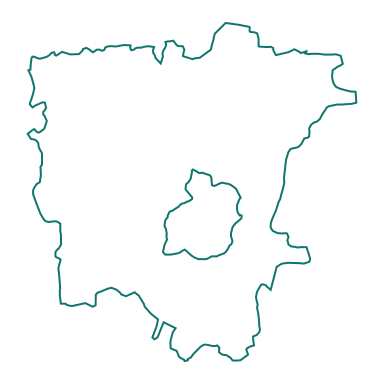 Tanta, Al Gharbiyah, Egypt
{"feature_id": "37247803B22733539273982", "entity_name": "Tanta", "entity_type": "district", "adm_level": 2, "iso_a3": "EGY", "parent_name": "Egypt", "parent_adm1": "Al Gharbiyah", "projection": "mercator", "projection_center": [30.984, 30.809], "detail": "fine", "context": "isolated", "style": "outline", "palette": "teal", "viewbox_px": 384, "rotation_deg": 0, "n_neighbors": 0, "source": "geoboundaries", "source_scale": "gbopen_adm2", "svg_char_len": 5862}
<svg xmlns="http://www.w3.org/2000/svg" viewBox="0 0 384 384"><path d="M28.4,70.3L30.0,73.7L31.5,77.0L33.7,85.1L34.4,88.0L32.9,94.3L31.1,100.1L29.9,103.0L29.9,104.5L32.5,107.4L35.8,105.3L38.4,104.2L40.6,103.1L42.8,102.3L45.0,102.7L46.1,107.9L44.3,110.8L43.2,111.9L43.2,114.1L43.5,114.8L44.6,115.9L46.8,121.0L44.3,128.7L39.5,132.4L37.6,132.4L36.2,131.3L35.1,130.2L34.3,129.1L32.8,129.8L27.7,133.8L31.0,139.0L33.2,139.3L35.8,140.1L36.9,141.4L38.1,142.6L38.7,146.3L38.7,147.0L40.2,150.3L41.3,151.8L42.0,153.6L42.0,164.6L40.5,166.8L40.9,175.2L39.8,182.2L36.8,184.0L36.1,184.7L33.9,188.4L33.1,190.6L33.1,194.3L37.1,205.3L40.4,213.7L42.3,217.0L43.4,218.8L45.2,221.0L46.3,221.4L48.9,222.1L52.9,221.4L56.6,221.4L60.3,223.6L60.3,231.3L61.0,235.0L61.0,244.5L58.8,248.5L57.7,249.2L55.8,251.4L55.4,252.9L55.4,255.8L55.8,256.9L60.2,259.1L60.6,259.9L58.4,267.9L59.1,274.9L59.8,282.9L60.2,288.8L59.8,289.9L59.8,295.7L60.5,300.5L60.8,303.6L65.7,303.8L66.7,304.9L70.1,305.8L72.3,306.0L85.5,303.1L86.5,303.7L92.6,306.7L95.6,305.3L95.8,295.7L95.8,294.7L97.5,292.7L101.7,291.2L107.9,288.6L109.2,288.3L111.6,287.8L116.7,289.8L119.8,292.4L121.2,294.4L126.0,296.2L134.7,292.3L136.9,294.2L138.8,295.6L143.9,304.0L144.7,306.7L151.0,313.8L158.0,319.4L157.4,322.8L156.6,326.3L152.4,337.4L154.3,339.3L156.5,338.2L157.7,337.1L161.1,328.4L163.7,322.3L175.6,328.2L172.9,332.1L170.5,340.8L170.4,343.0L170.6,348.1L171.3,348.7L176.3,350.7L176.8,351.1L177.1,351.8L178.8,356.4L180.7,358.1L181.1,358.2L183.0,359.2L183.9,359.6L184.5,361.0L187.7,360.4L187.7,359.2L190.8,357.5L193.5,353.9L200.4,346.9L203.3,345.0L204.9,344.6L207.1,344.8L212.4,346.0L215.0,346.1L217.2,345.4L219.3,347.7L219.0,352.2L221.7,354.3L223.9,355.0L226.3,355.1L230.5,357.7L232.5,360.4L236.2,360.6L240.5,360.2L244.5,357.3L248.0,354.7L247.8,353.8L246.3,349.7L246.7,348.6L249.6,346.8L250.4,346.5L254.0,345.4L253.3,340.6L253.0,336.6L253.7,336.2L256.6,335.1L259.2,332.2L259.6,331.1L260.0,329.3L259.6,327.5L259.2,326.0L259.2,323.4L258.9,319.1L258.2,313.2L257.1,308.1L257.5,305.1L257.5,303.7L256.7,301.1L256.0,297.1L256.8,292.7L257.5,290.9L261.2,284.7L262.7,284.3L265.6,285.1L266.7,286.5L270.7,289.8L276.7,266.8L278.5,265.7L280.7,264.3L282.6,263.5L285.5,263.2L288.1,262.8L299.9,263.2L303.9,263.6L309.4,261.8L310.2,258.9L308.0,251.6L306.5,247.2L301.7,247.1L297.7,247.5L294.0,246.7L291.1,246.4L288.5,244.5L287.4,240.1L288.5,237.2L287.1,233.5L285.3,233.2L282.3,233.5L277.5,233.1L272.8,230.9L270.9,228.0L270.6,226.5L270.9,222.9L272.4,218.5L275.8,210.8L278.7,201.7L280.2,199.1L281.3,194.3L282.8,189.2L284.3,182.6L284.0,177.1L285.1,168.4L285.5,164.0L286.2,159.2L288.5,151.9L290.3,149.3L291.8,148.6L296.9,147.5L299.1,146.4L301.7,143.5L304.3,138.4L307.6,137.7L309.1,136.6L309.5,131.8L309.1,128.5L311.0,124.9L313.6,122.7L316.9,121.6L319.8,119.1L322.1,114.7L326.9,107.4L328.7,106.3L337.2,104.5L342.0,104.5L351.9,103.8L356.3,102.7L355.6,91.8L350.1,91.4L340.2,88.8L336.1,86.9L334.7,85.1L333.2,82.5L332.5,79.6L332.1,77.0L332.5,71.5L332.5,70.8L333.3,69.7L335.1,68.6L336.9,67.1L339.9,65.7L342.8,63.8L340.7,55.8L335.9,54.3L331.5,54.6L324.8,54.6L318.2,53.8L311.6,53.8L308.3,54.2L305.3,53.4L306.4,52.0L306.4,51.2L305.7,51.6L302.2,52.6L300.6,53.0L299.5,51.9L294.3,49.3L288.4,52.2L275.9,55.1L273.3,50.4L273.3,48.2L270.8,46.7L268.6,47.0L265.6,47.0L259.4,46.6L258.6,46.3L258.6,38.9L257.2,33.4L255.4,32.7L254.2,32.3L250.2,31.9L249.5,30.8L249.8,27.5L249.1,26.8L237.7,24.6L225.6,23.0L214.9,33.6L214.1,36.2L213.4,39.9L211.9,45.0L210.8,49.7L199.7,57.8L197.1,58.1L195.7,58.1L194.2,58.5L192.7,59.2L183.1,56.2L183.1,54.8L184.3,49.6L182.8,46.3L178.0,46.0L176.5,44.9L173.4,40.7L170.7,41.2L167.4,41.5L165.5,41.9L165.5,42.6L166.2,44.8L164.8,48.5L164.4,48.8L163.7,49.9L162.9,51.8L162.5,54.0L162.9,56.5L160.7,63.5L155.5,58.0L155.2,56.9L154.8,55.4L154.1,53.9L153.3,53.2L153.0,50.3L154.1,47.0L148.2,46.2L145.3,46.6L143.4,46.9L141.6,47.7L137.9,47.7L136.0,48.0L134.6,49.1L133.5,49.8L131.3,50.2L130.5,48.7L130.2,47.6L130.5,45.4L123.9,45.0L115.8,46.5L110.7,46.1L107.7,46.5L105.5,47.2L104.8,49.0L103.8,50.2L102.2,50.8L99.6,49.7L96.7,49.7L95.2,50.8L93.0,52.3L90.8,50.8L89.7,49.7L87.8,48.6L86.0,47.8L85.6,48.2L83.0,49.0L82.7,50.4L79.0,54.1L70.1,54.4L66.8,53.3L64.3,52.6L62.1,51.8L56.5,55.5L55.8,55.5L54.7,54.7L54.7,53.3L54.0,52.2L51.4,52.9L49.5,55.1L46.6,56.9L40.3,58.7L39.2,58.7L34.4,56.9L33.0,56.5L32.2,56.9L31.5,58.3L30.7,64.6L30.4,69.7L28.4,70.3ZM192.1,198.9L192.2,198.2L192.2,197.6L191.8,196.9L185.6,189.5L185.9,185.1L186.3,184.0L186.7,183.7L188.5,182.2L190.7,178.6L191.1,176.7L191.9,172.3L191.9,170.5L192.8,169.5L196.3,171.2L199.2,173.1L202.2,172.7L209.9,175.3L211.3,177.2L211.3,177.9L212.0,185.2L214.3,186.0L216.8,184.9L220.5,183.1L222.7,182.7L225.7,183.5L228.2,183.8L230.8,184.9L233.0,186.4L235.9,188.6L240.7,197.8L239.6,198.9L238.5,201.4L238.1,202.9L237.7,203.3L237.1,205.0L237.0,206.4L237.0,209.5L237.7,212.4L238.4,213.5L238.8,213.9L239.5,215.4L240.3,215.0L241.7,215.7L241.4,218.3L241.0,218.7L237.3,222.0L236.2,222.7L233.6,225.6L232.5,227.4L231.0,233.3L231.0,234.7L231.0,236.2L231.4,237.7L232.5,241.0L232.1,242.1L231.7,243.5L231.5,244.0L230.3,245.0L229.5,245.7L228.8,247.2L226.9,250.5L225.8,251.9L224.0,253.4L219.2,255.2L218.1,255.6L217.0,256.3L211.9,256.3L207.1,258.8L204.9,259.2L198.2,259.1L195.7,258.0L194.9,257.7L192.4,256.2L190.9,255.1L189.8,254.0L187.5,252.1L186.5,251.0L184.7,249.6L182.5,250.7L180.6,252.1L178.4,253.2L174.7,253.9L172.5,254.3L170.0,254.6L165.2,254.6L163.0,252.1L164.1,246.6L164.8,244.4L165.6,242.5L167.0,239.6L166.7,237.8L166.3,235.6L166.7,234.9L166.7,233.4L166.3,230.8L165.6,228.3L164.9,226.8L164.5,225.0L165.3,220.2L165.6,219.8L166.4,218.7L167.5,217.7L167.8,215.5L168.6,213.6L169.3,212.5L169.7,211.8L170.1,211.4L171.2,211.1L172.6,210.7L176.7,207.8L178.2,207.1L179.3,206.0L180.0,204.9L181.5,203.8L182.6,203.4L183.7,203.4L186.6,202.0L187.0,201.6L188.8,201.3L189.9,200.5L191.8,199.4L192.1,198.9Z" fill="none" stroke="#0f766e" stroke-width="2"/></svg>